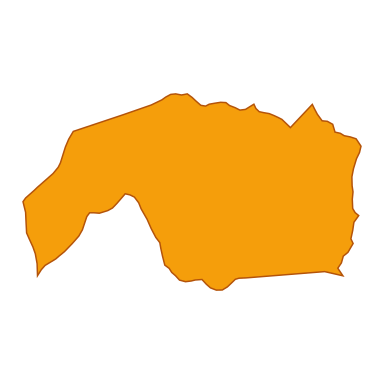 Pires Ferreira, Ceará, Brazil, rotated 180°
{"feature_id": "56859067B7581149614600", "entity_name": "Pires Ferreira", "entity_type": "district", "adm_level": 2, "iso_a3": "BRA", "parent_name": "Brazil", "parent_adm1": "Ceará", "projection": "equal_earth", "projection_center": [-40.577, -4.258], "detail": "fine", "context": "isolated", "style": "filled", "palette": "amber", "viewbox_px": 384, "rotation_deg": 180, "n_neighbors": 0, "source": "geoboundaries", "source_scale": "gbopen_adm2", "svg_char_len": 1644}
<svg xmlns="http://www.w3.org/2000/svg" viewBox="0 0 384 384"><g transform="rotate(180 192 192)"><path d="M346.7,196.6L349.8,193.6L358.4,186.0L361.0,182.3L358.4,171.7L357.9,160.8L357.4,151.1L354.5,144.5L351.1,137.1L348.7,130.3L346.9,120.3L346.5,108.3L342.7,114.3L338.9,118.6L328.2,125.1L325.0,127.9L319.5,132.4L311.7,140.5L305.2,147.9L301.6,154.2L297.2,167.4L294.4,171.2L290.0,171.2L284.6,170.8L276.2,173.4L271.5,176.0L267.0,180.7L258.8,190.2L254.0,189.1L249.6,186.9L245.3,181.2L242.9,175.2L236.9,164.7L232.8,155.4L228.2,146.6L224.2,141.4L223.2,135.7L221.5,127.9L219.2,118.9L214.8,115.6L212.3,111.6L208.5,108.3L204.5,103.9L198.5,102.3L192.8,103.0L188.8,104.0L182.0,104.5L177.6,99.7L173.5,96.1L167.7,93.9L161.7,94.0L156.6,97.1L152.6,100.9L148.7,104.7L145.0,105.8L138.1,106.1L59.3,112.4L41.1,108.2L46.2,115.8L42.6,121.1L40.7,127.9L36.1,131.6L30.9,140.5L33.1,145.2L31.3,153.5L30.1,161.7L25.3,168.4L28.9,171.4L31.3,175.5L31.7,184.8L31.0,192.1L31.9,198.3L32.1,207.2L30.5,215.4L27.5,225.3L24.5,231.5L23.0,237.8L27.9,245.2L33.8,247.1L39.8,248.3L43.7,250.7L49.0,251.9L51.3,259.7L56.7,262.7L61.9,263.2L66.7,269.8L69.5,275.1L71.7,279.6L93.6,256.4L97.3,260.0L102.1,264.6L105.8,266.5L109.9,268.4L114.8,270.4L120.1,271.3L124.8,272.3L128.1,275.5L130.1,279.8L133.7,277.6L138.5,274.6L144.1,273.9L148.8,276.3L154.5,278.5L158.1,281.4L163.3,281.7L169.1,280.8L174.8,279.8L178.4,277.9L183.2,278.7L188.2,283.1L191.8,286.5L196.7,290.1L202.5,289.0L208.3,290.1L213.3,289.6L218.3,286.9L222.2,284.1L232.8,279.0L261.0,269.2L310.7,252.6L315.3,244.8L318.6,237.0L323.6,221.1L325.8,216.7L331.0,210.4L346.7,196.6Z" fill="#f59e0b" stroke="#b45309" stroke-width="1.5"/></g></svg>